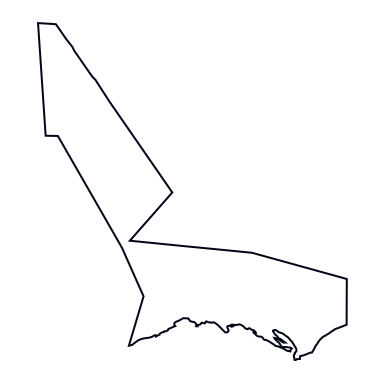 the district of Chami, Inchiri, Mauritania, rotated 271°
{"feature_id": "47542326B60250303477597", "entity_name": "Chami", "entity_type": "district", "adm_level": 2, "iso_a3": "MRT", "parent_name": "Mauritania", "parent_adm1": "Inchiri", "projection": "robinson", "projection_center": [-16.149, 20.164], "detail": "fine", "context": "isolated", "style": "outline", "palette": "ink", "viewbox_px": 384, "rotation_deg": 271, "n_neighbors": 0, "source": "geoboundaries", "source_scale": "gbopen_adm2", "svg_char_len": 2728}
<svg xmlns="http://www.w3.org/2000/svg" viewBox="0 0 384 384"><g transform="rotate(271 192 192)"><path d="M302.6,93.4L305.5,90.3L331.5,71.6L334.7,70.1L342.4,63.8L342.5,63.7L357.4,53.0L357.5,50.6L357.7,47.0L358.2,35.1L245.7,44.7L245.7,56.9L140.0,120.0L134.7,123.1L86.8,145.4L37.2,131.6L38.0,134.8L39.4,136.4L40.6,137.9L42.6,140.6L43.5,142.4L44.1,144.1L44.8,146.4L45.2,149.2L45.5,151.0L45.8,152.7L46.9,155.3L47.9,156.5L48.1,158.3L46.9,158.4L48.9,162.1L49.2,162.0L49.6,162.2L50.3,163.0L51.1,164.5L51.6,166.5L52.1,166.5L52.4,168.5L53.2,170.2L54.6,170.8L57.7,177.6L58.7,176.6L60.7,176.7L62.0,178.3L63.1,181.1L65.7,185.5L65.5,190.5L62.9,192.4L62.3,194.3L62.1,196.3L60.8,197.9L59.3,199.0L57.9,198.4L57.8,200.0L59.0,199.9L59.8,202.7L61.0,203.5L61.6,204.3L61.0,205.7L61.1,207.5L62.2,207.7L62.8,208.3L62.8,209.0L62.2,210.2L61.8,211.9L62.1,212.7L61.6,214.0L62.1,215.6L61.8,216.8L59.6,220.0L52.2,227.7L52.2,229.4L53.1,230.7L54.5,231.0L56.7,229.9L57.8,229.5L58.6,230.3L59.0,232.0L58.4,233.1L58.0,234.0L58.5,235.5L59.2,234.8L59.4,233.2L59.9,233.4L60.1,235.1L59.8,236.0L59.9,239.5L60.5,241.3L60.2,242.9L59.6,244.0L58.5,245.9L57.3,246.9L56.2,248.4L55.8,249.9L56.5,250.8L56.8,251.8L55.6,253.5L54.7,256.2L53.2,258.0L52.5,258.2L52.7,257.0L53.3,255.8L52.7,255.8L52.4,256.0L51.3,257.4L49.6,259.1L49.1,259.9L48.6,261.3L48.7,262.7L48.4,264.0L47.6,265.3L46.2,266.0L45.5,267.0L45.2,269.0L44.9,269.9L42.2,274.5L41.6,275.3L41.3,276.2L40.5,277.1L39.4,278.4L39.3,280.3L38.0,283.6L36.9,286.4L35.0,289.6L34.3,293.1L36.4,293.5L37.2,294.6L38.0,293.6L38.6,289.2L38.6,284.2L40.0,283.5L42.7,281.9L43.6,280.5L44.4,279.6L45.2,278.6L46.0,278.0L46.6,277.5L47.5,276.9L47.3,278.2L46.7,279.8L46.4,280.5L45.0,283.0L43.8,284.8L43.0,286.1L43.1,286.9L43.1,287.8L44.4,286.1L45.9,284.0L46.6,282.9L47.4,281.0L49.2,279.8L49.8,279.0L50.8,277.8L51.8,277.0L52.7,276.6L53.2,276.2L53.7,275.7L54.1,275.4L54.8,275.5L55.3,276.5L55.5,277.6L55.2,278.4L55.1,278.9L54.2,280.0L53.4,281.1L52.9,282.7L52.3,284.5L51.7,285.9L50.3,287.6L49.4,289.0L48.7,290.1L47.3,291.6L45.6,292.8L44.6,294.2L42.7,295.4L42.3,295.8L41.7,296.1L41.2,296.5L40.2,296.9L39.1,297.8L36.8,299.1L35.8,299.2L34.4,299.0L33.1,297.6L32.2,297.8L31.8,297.3L30.4,296.6L29.8,296.7L26.6,297.4L25.9,297.5L25.8,298.7L26.7,299.5L26.9,302.8L29.7,302.9L30.1,304.4L30.7,306.6L31.9,309.5L32.4,310.7L33.5,313.4L33.6,314.8L36.8,316.6L38.2,317.3L40.7,318.5L42.0,319.6L42.8,320.1L44.3,320.9L45.4,321.7L46.9,322.8L48.3,324.3L49.5,325.4L50.9,328.2L51.8,329.3L52.4,330.5L53.4,332.0L54.5,333.3L55.9,335.5L57.3,337.3L58.0,339.0L58.8,341.2L61.2,347.0L61.4,347.5L61.8,348.7L61.9,348.9L107.7,348.3L132.3,252.9L135.3,215.8L137.9,183.0L142.2,130.7L191.2,172.3L271.2,114.9L281.2,107.7L302.6,93.4Z" fill="none" stroke="#020617" stroke-width="2"/></g></svg>